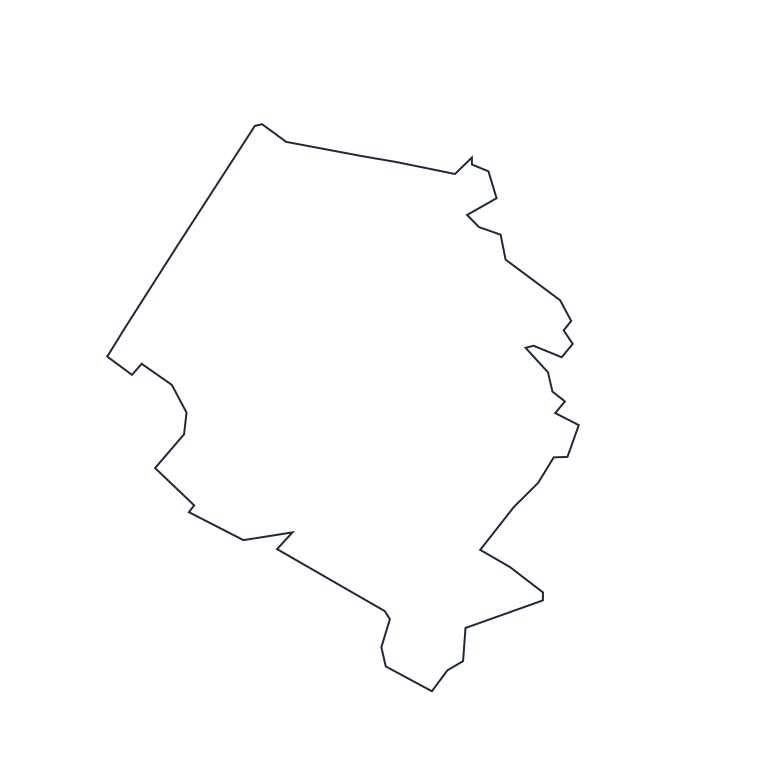 Campbell, Tennessee, United States of America (Robinson projection), rotated 302°
{"feature_id": "52423323B63395465279305", "entity_name": "Campbell", "entity_type": "district", "adm_level": 2, "iso_a3": "USA", "parent_name": "United States of America", "parent_adm1": "Tennessee", "projection": "robinson", "projection_center": [-84.138, 36.385], "detail": "fine", "context": "isolated", "style": "outline", "palette": "slate", "viewbox_px": 768, "rotation_deg": 302, "n_neighbors": 0, "source": "geoboundaries", "source_scale": "gbopen_adm2", "svg_char_len": 874}
<svg xmlns="http://www.w3.org/2000/svg" viewBox="0 0 768 768"><g transform="rotate(302 384 384)"><path d="M294.8,134.6L294.7,134.6L260.6,134.8L258.2,165.4L272.7,167.8L270.8,204.6L255.1,231.7L235.4,241.1L191.4,234.4L180.5,287.3L171.9,286.5L177.1,347.5L209.7,385.0L187.3,380.8L191.8,505.0L187.7,513.6L159.3,521.3L145.4,535.2L148.8,587.4L174.8,589.5L190.9,597.9L220.3,582.4L284.7,633.4L291.5,629.3L295.5,587.8L294.3,553.5L348.5,559.3L381.9,567.1L411.7,566.8L419.4,578.2L452.3,571.0L450.1,544.6L465.1,546.7L466.8,530.9L480.8,516.9L489.7,484.9L495.7,490.6L500.8,520.5L518.0,522.8L524.7,507.9L536.6,509.4L548.3,489.1L553.9,421.2L572.4,403.8L567.4,381.4L571.4,364.9L601.2,381.0L619.7,359.9L616.7,342.3L622.6,338.5L599.7,332.9L579.1,277.7L565.3,243.9L537.5,172.8L539.7,142.9L534.5,137.7L534.3,137.7L394.6,135.5L294.8,134.6Z" fill="none" stroke="#1e293b" stroke-width="2"/></g></svg>